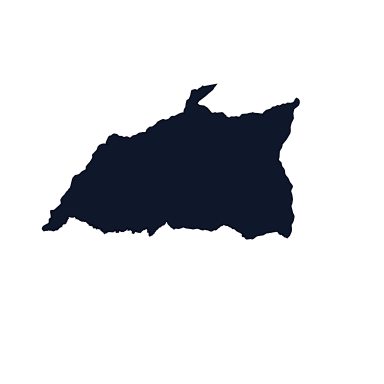 Jericó, Antioquia, Colombia, rotated 52°
{"feature_id": "7082276B41984085227897", "entity_name": "Jericó", "entity_type": "district", "adm_level": 2, "iso_a3": "COL", "parent_name": "Colombia", "parent_adm1": "Antioquia", "projection": "natural_earth1", "projection_center": [-75.766, 5.764], "detail": "fine", "context": "isolated", "style": "filled", "palette": "ink", "viewbox_px": 384, "rotation_deg": 52, "n_neighbors": 0, "source": "geoboundaries", "source_scale": "gbopen_adm2", "svg_char_len": 6104}
<svg xmlns="http://www.w3.org/2000/svg" viewBox="0 0 384 384"><g transform="rotate(52 192 192)"><path d="M286.5,145.1L286.1,142.1L284.1,138.3L282.4,136.7L278.7,134.3L277.6,131.6L276.9,130.2L274.1,126.9L273.4,126.5L270.6,125.9L264.2,123.1L263.1,122.0L262.7,121.0L259.5,117.5L255.2,115.1L251.9,114.0L251.0,112.7L249.6,109.9L249.1,109.5L248.1,109.3L244.5,109.3L240.3,108.2L236.2,108.3L234.3,107.7L232.2,106.3L231.2,105.9L230.3,105.7L227.2,105.7L225.9,105.2L223.7,104.0L220.5,104.5L219.8,104.3L219.3,104.0L218.0,102.2L213.2,98.0L212.1,94.8L211.1,93.1L209.9,92.0L209.6,91.4L208.3,85.5L205.8,79.0L205.0,77.9L203.7,76.7L201.2,75.0L200.1,73.7L198.3,71.3L196.2,66.9L191.8,64.2L188.9,60.5L189.0,57.0L188.9,54.9L188.2,53.5L187.3,52.4L185.7,51.5L184.4,51.4L182.7,52.0L182.9,53.7L183.8,55.0L184.2,57.1L183.1,59.8L180.9,62.2L180.9,63.4L180.6,64.4L180.2,65.0L179.0,66.2L178.8,66.8L178.7,68.8L178.4,69.3L178.3,70.3L176.8,71.4L176.6,72.2L176.3,74.5L175.5,75.3L175.1,76.1L175.3,79.4L174.6,80.7L174.5,81.8L174.1,82.1L173.8,82.6L173.7,83.7L173.8,86.2L174.7,88.7L173.7,89.1L172.8,90.2L171.2,91.6L168.3,94.8L167.0,95.5L166.9,96.4L165.7,98.3L164.8,100.7L162.0,104.7L162.1,106.2L162.7,107.5L162.4,108.5L162.0,108.9L162.0,110.3L161.4,110.5L160.7,110.3L160.2,110.6L159.0,112.9L157.1,115.0L157.0,116.7L156.4,117.8L155.1,118.2L154.0,119.2L153.0,118.7L152.3,118.6L150.9,119.2L149.8,119.0L148.6,119.3L148.0,119.8L145.4,124.1L144.9,124.6L144.0,125.0L143.1,127.3L142.1,128.1L141.3,128.3L135.8,128.5L134.3,128.8L133.6,129.3L132.3,129.5L131.4,130.1L131.1,130.8L130.5,131.0L129.6,132.1L128.1,133.2L125.2,133.8L124.1,130.7L124.2,122.3L123.9,118.3L123.8,113.2L123.5,111.8L122.8,110.4L122.6,109.0L122.1,107.1L116.1,118.7L115.4,118.5L115.6,120.9L115.1,122.7L115.5,125.4L113.4,126.6L112.2,129.4L112.3,129.9L115.6,133.8L116.8,136.0L117.4,137.3L117.1,138.6L117.1,139.7L119.3,142.4L121.4,144.3L122.5,147.1L125.1,150.0L124.0,151.0L123.6,151.8L122.8,154.4L122.0,159.3L121.0,160.4L120.3,161.4L120.1,162.2L120.6,165.0L120.3,166.5L119.2,169.0L117.6,169.9L117.1,170.6L116.8,171.8L116.0,175.9L116.7,178.5L116.7,182.8L116.4,183.7L115.2,185.3L115.1,186.1L115.3,188.9L117.0,191.8L115.2,194.2L113.3,197.6L113.2,200.9L111.6,204.3L111.9,207.0L111.4,207.8L110.8,208.4L108.7,209.4L108.3,209.9L107.5,212.1L107.0,212.6L105.1,213.3L103.6,215.3L101.9,215.9L100.7,215.9L98.6,217.7L98.3,218.3L98.2,219.1L98.3,221.4L97.5,222.5L97.5,223.0L97.6,223.8L100.3,228.9L101.2,229.2L102.1,229.1L102.5,229.2L101.6,229.7L101.3,230.6L99.7,232.6L99.3,233.3L98.5,236.2L98.9,238.2L100.5,240.6L100.9,241.7L101.6,247.0L101.9,247.6L103.0,248.1L104.3,249.3L106.0,253.7L106.6,257.5L107.2,259.6L109.3,261.3L109.4,261.6L108.6,266.6L109.0,269.0L108.9,270.5L108.3,272.2L107.4,273.8L107.8,276.7L108.7,278.3L114.1,285.1L114.3,287.4L115.0,288.7L114.9,289.9L115.1,290.9L116.1,293.9L116.5,297.2L117.4,299.7L117.8,300.2L120.8,301.8L121.0,302.2L121.3,304.0L121.8,311.1L121.4,312.9L120.4,313.9L120.0,314.8L121.3,315.9L123.2,316.8L126.3,318.9L125.7,319.9L125.8,321.0L126.3,321.6L128.2,323.0L128.6,323.6L128.6,325.6L128.1,327.7L127.8,330.4L128.5,331.9L129.0,332.4L129.5,332.6L131.3,332.4L131.9,330.8L133.0,329.5L133.1,328.5L134.5,327.3L135.5,325.7L136.2,325.8L136.7,325.1L137.2,324.9L137.3,324.1L137.6,323.5L137.4,322.5L138.3,322.0L138.6,321.4L138.7,321.0L138.0,320.8L138.0,320.5L138.4,319.8L137.9,318.9L138.4,318.2L138.1,316.7L138.8,316.0L137.8,314.9L137.6,313.4L138.0,312.3L138.6,311.7L138.6,310.4L137.9,309.8L137.9,309.1L136.5,306.8L136.5,305.9L135.3,305.8L135.3,304.5L135.3,304.2L136.1,303.3L137.4,302.4L137.5,301.9L137.8,301.8L137.9,301.4L138.5,301.2L138.5,300.2L139.1,299.3L139.3,299.1L140.7,299.2L141.1,299.0L141.6,299.4L141.9,298.6L142.7,298.5L143.8,297.8L144.9,297.6L147.0,296.6L148.3,295.0L148.9,294.7L149.3,293.9L149.9,293.4L152.9,293.1L153.9,292.5L154.6,293.1L154.9,293.1L156.0,292.2L156.0,291.4L156.7,290.7L157.0,290.8L157.1,291.3L157.9,290.9L158.3,290.4L159.0,291.3L159.8,291.3L160.5,289.6L161.0,289.6L161.1,288.8L161.3,288.8L161.7,289.7L162.1,289.8L162.3,289.4L161.9,288.4L163.2,288.0L164.6,287.1L165.4,286.1L166.3,287.0L166.8,286.2L167.7,286.8L169.3,286.1L170.6,286.4L170.6,285.9L171.3,284.4L171.2,284.2L170.6,283.9L170.6,283.4L171.3,283.3L171.7,281.8L174.6,278.6L174.7,278.2L174.7,276.0L175.5,275.2L175.8,275.3L176.7,276.3L177.3,276.2L177.5,275.6L178.2,274.7L177.2,273.1L177.3,272.7L178.2,272.2L179.5,271.9L179.8,271.2L180.7,270.4L180.8,268.7L181.2,267.5L180.6,266.1L180.6,265.3L180.8,265.0L181.6,265.0L182.6,265.7L183.1,265.2L183.2,263.8L185.0,263.0L186.5,263.0L187.5,264.0L188.5,263.4L188.5,262.9L187.8,262.1L188.2,260.0L189.2,259.9L190.8,258.7L191.9,257.4L191.5,255.7L191.5,253.8L191.6,253.2L192.2,252.5L192.2,250.6L192.6,250.0L193.1,249.7L194.3,250.2L195.4,250.1L196.2,251.4L196.6,251.2L197.5,250.0L198.3,251.1L198.7,251.2L199.0,250.8L199.4,250.9L199.4,252.1L200.5,252.3L201.0,250.2L201.0,249.0L200.6,247.7L200.8,247.1L200.2,246.6L200.1,245.0L199.4,243.5L199.7,242.8L199.7,242.1L199.1,239.5L199.7,238.8L199.7,235.9L200.0,234.6L200.3,234.4L200.1,232.8L199.2,231.2L199.2,230.5L199.4,229.7L200.2,229.4L202.0,230.2L203.3,230.2L204.9,229.9L206.6,229.9L208.4,229.1L209.3,229.1L209.8,228.9L210.0,228.6L210.1,226.5L211.1,226.1L212.3,224.9L213.2,222.9L214.0,220.1L216.3,218.8L220.0,215.1L221.6,213.8L223.5,210.1L224.5,209.2L227.0,207.8L228.2,206.8L228.6,206.3L228.8,204.9L230.3,203.8L231.5,202.6L233.9,201.3L234.5,200.7L234.9,199.4L235.0,197.4L236.1,196.8L236.4,195.7L236.1,193.8L236.3,191.8L236.0,190.6L236.2,189.8L236.8,188.8L236.7,187.1L236.9,186.7L239.0,185.7L239.4,185.1L239.9,184.8L240.0,184.1L240.5,183.8L241.8,183.9L244.1,182.5L245.7,182.4L246.1,182.0L246.1,181.2L246.3,181.0L250.2,180.4L254.7,178.2L256.7,178.0L257.5,179.2L258.3,179.3L259.3,177.9L261.6,178.1L262.6,177.7L264.6,174.2L265.8,173.4L266.1,172.5L266.2,171.2L266.1,168.9L266.6,167.1L269.4,162.1L269.9,158.2L270.9,157.0L271.1,156.0L272.3,154.4L273.2,152.3L274.5,150.2L274.9,149.3L275.4,148.8L276.6,148.6L278.8,148.8L280.1,148.0L280.2,147.1L280.4,146.9L281.4,147.0L281.2,146.5L281.4,146.2L282.3,146.3L282.9,146.7L283.4,146.4L284.4,146.4L285.3,145.5L286.5,145.1Z" fill="#0f172a" stroke="#020617" stroke-width="1.5"/></g></svg>